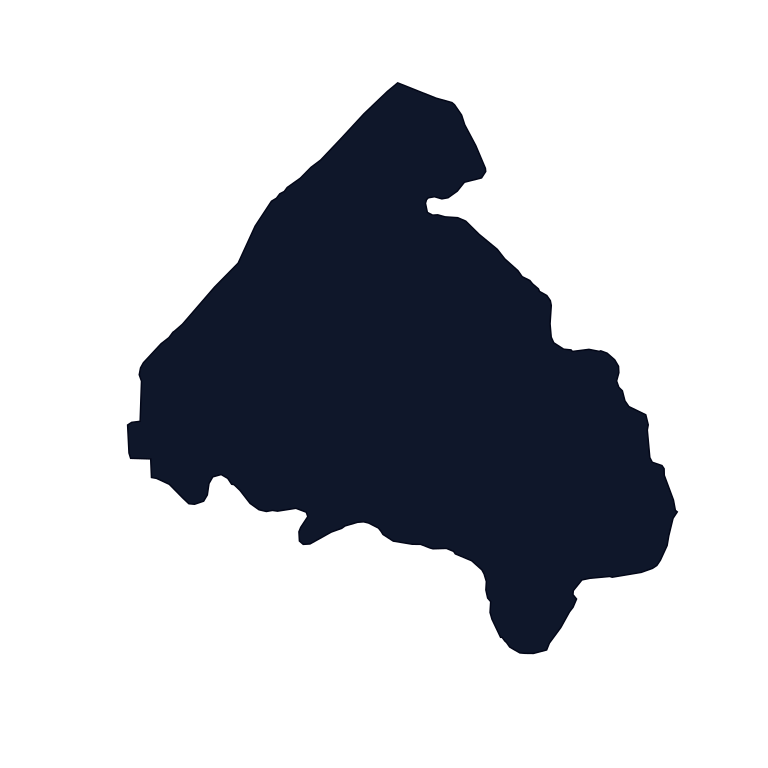 San Miguel Ixtahuacán, San Marcos, Guatemala, rotated 259°
{"feature_id": "79465075B62576691905378", "entity_name": "San Miguel Ixtahuacán", "entity_type": "district", "adm_level": 2, "iso_a3": "GTM", "parent_name": "Guatemala", "parent_adm1": "San Marcos", "projection": "robinson", "projection_center": [-91.747, 15.27], "detail": "fine", "context": "isolated", "style": "filled", "palette": "ink", "viewbox_px": 768, "rotation_deg": 259, "n_neighbors": 0, "source": "geoboundaries", "source_scale": "gbopen_adm2", "svg_char_len": 2313}
<svg xmlns="http://www.w3.org/2000/svg" viewBox="0 0 768 768"><g transform="rotate(259 384 384)"><path d="M371.7,608.9L375.2,603.1L375.0,601.4L378.9,591.8L380.0,575.2L381.8,574.1L383.9,567.0L392.1,558.5L398.1,557.1L411.4,558.5L429.2,563.2L434.1,563.2L439.8,560.7L445.2,554.3L448.0,553.7L454.0,548.9L457.8,546.9L463.0,540.1L469.7,537.1L483.8,526.4L494.6,520.9L512.8,505.9L528.3,495.3L533.2,488.1L536.4,475.9L539.8,469.1L540.5,463.9L544.2,459.3L553.5,459.2L556.8,460.9L558.3,463.0L558.2,469.3L554.7,476.1L554.6,482.4L559.3,492.7L566.7,501.4L567.7,519.1L573.2,524.4L576.4,524.7L600.5,519.6L623.1,512.7L633.2,511.5L644.7,506.5L647.3,504.4L654.7,489.6L677.0,454.9L670.6,443.2L653.1,415.9L633.6,389.3L615.9,364.5L610.7,353.8L602.0,341.1L595.4,326.5L592.0,322.8L590.6,318.0L586.9,313.9L584.9,308.4L563.7,287.7L530.5,263.9L511.5,236.2L481.1,197.5L475.9,188.5L475.1,186.7L470.6,181.8L466.1,172.9L450.8,151.9L446.3,148.1L439.8,145.5L433.1,146.5L393.9,137.5L394.5,129.0L392.7,124.5L364.9,120.5L359.4,121.1L355.0,140.7L336.6,137.9L334.8,142.6L326.5,154.1L310.4,164.8L303.7,169.6L302.1,175.1L303.4,184.6L308.8,189.4L319.7,193.2L325.5,198.2L326.2,206.9L321.2,212.6L314.7,215.3L313.8,217.6L307.1,222.3L292.3,229.8L284.4,237.3L281.3,244.2L281.2,250.4L279.5,255.2L278.8,273.8L273.0,283.2L268.4,283.9L259.2,274.9L255.2,272.3L246.0,271.0L242.0,274.1L241.1,280.8L248.7,304.0L250.4,315.0L252.1,318.7L253.3,331.7L252.6,337.7L250.5,342.3L243.7,351.0L240.1,352.9L236.5,354.3L228.0,363.1L221.3,381.2L219.6,389.4L214.3,397.8L212.9,400.6L210.7,413.9L206.4,420.4L203.6,421.6L193.8,436.3L182.9,444.6L178.5,446.0L170.6,446.8L162.4,444.7L154.1,444.9L150.0,447.2L139.5,444.5L132.5,445.1L113.1,450.1L112.8,451.6L108.6,453.6L106.9,454.9L101.8,457.2L98.0,461.5L94.1,466.1L92.7,471.1L91.0,479.3L91.9,492.9L98.1,496.9L111.2,511.1L124.9,522.6L128.8,527.0L136.2,532.0L141.2,529.3L145.0,530.4L146.4,532.0L152.2,538.9L153.9,540.9L154.0,549.0L152.0,568.9L150.8,571.1L150.0,600.6L151.8,612.4L153.8,617.2L158.3,621.7L171.4,631.1L180.7,634.6L197.0,642.1L202.5,647.5L204.4,645.9L214.9,646.0L240.9,641.7L247.4,642.8L250.9,641.3L256.0,632.4L261.1,630.9L288.6,633.7L293.5,635.6L303.8,635.1L315.1,620.1L321.5,617.3L331.8,616.7L335.9,613.9L342.6,612.9L350.3,616.7L356.6,617.6L363.7,615.1L371.7,608.9Z" fill="#0f172a" stroke="#020617" stroke-width="1.5"/></g></svg>